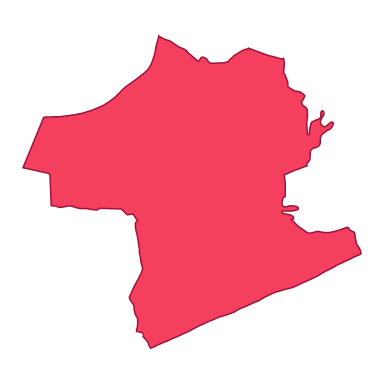 Limpopo, Gaza, Mozambique
{"feature_id": "85939544B55875453752427", "entity_name": "Limpopo", "entity_type": "district", "adm_level": 2, "iso_a3": "MOZ", "parent_name": "Mozambique", "parent_adm1": "Gaza", "projection": "orthographic", "projection_center": [33.462, -25.027], "detail": "fine", "context": "isolated", "style": "filled", "palette": "rose", "viewbox_px": 384, "rotation_deg": 0, "n_neighbors": 0, "source": "geoboundaries", "source_scale": "gbopen_adm2", "svg_char_len": 5965}
<svg xmlns="http://www.w3.org/2000/svg" viewBox="0 0 384 384"><path d="M150.5,348.1L151.0,348.1L151.4,347.8L153.3,347.1L156.9,345.4L157.3,345.0L160.0,344.0L160.6,343.6L167.6,340.9L172.4,338.6L179.8,335.5L183.2,333.8L189.4,331.1L193.0,329.0L194.3,328.4L194.6,328.1L195.5,327.7L195.9,327.4L196.9,327.0L201.2,324.8L202.3,324.5L210.1,320.8L211.2,320.4L211.6,320.4L217.9,317.6L221.9,316.1L222.3,316.2L225.3,315.2L226.8,314.8L231.3,313.2L232.3,312.7L234.7,311.9L236.5,310.6L238.7,309.3L242.9,307.4L243.2,307.4L247.0,305.9L248.8,304.9L249.1,304.5L250.1,304.5L254.5,302.3L258.5,300.9L258.8,300.5L259.8,300.1L260.1,299.8L261.5,299.1L261.8,298.7L264.2,297.6L264.5,297.1L266.2,296.5L268.9,295.2L269.3,294.9L273.2,293.1L276.4,291.9L279.0,291.1L279.5,291.1L282.2,290.2L282.6,290.2L283.8,289.7L290.5,288.1L293.2,287.2L295.4,286.3L301.9,283.2L303.7,282.4L304.3,282.0L304.9,281.9L306.8,280.9L310.1,279.6L313.7,277.8L317.0,276.3L322.5,272.9L326.8,270.6L328.6,269.8L331.6,268.3L335.1,266.3L335.3,266.0L335.8,265.9L336.3,265.5L338.5,264.5L339.0,264.1L340.1,263.8L342.1,262.8L345.1,261.3L346.5,260.8L348.4,259.8L348.9,259.7L349.3,259.4L351.4,258.5L353.5,257.2L359.1,254.9L361.0,253.8L360.6,251.2L359.8,249.2L358.4,246.6L356.9,244.6L356.2,242.7L356.1,241.4L355.2,237.6L355.1,235.7L354.9,235.3L354.9,234.3L354.3,232.5L354.0,232.3L353.7,231.8L351.9,231.3L350.6,230.6L349.8,230.0L349.2,229.1L348.6,227.8L348.1,227.5L347.7,227.3L346.3,227.6L344.1,228.5L342.4,228.9L340.0,229.9L339.6,229.9L333.6,231.7L333.1,231.7L330.0,232.4L327.5,232.6L325.4,232.6L320.1,231.9L319.1,231.5L316.7,231.5L312.1,232.8L309.4,233.2L306.8,232.4L305.0,230.9L299.5,227.3L296.1,224.4L295.9,223.9L295.4,223.7L295.3,223.3L294.4,222.6L293.9,221.8L293.5,221.6L293.3,221.2L293.0,221.0L292.2,220.1L291.3,219.3L293.5,218.9L293.6,218.5L293.6,218.0L293.4,217.1L292.3,215.8L289.2,214.5L285.1,214.0L284.1,213.7L282.2,212.7L282.0,212.2L282.2,210.9L289.3,211.1L293.5,210.8L294.8,210.5L297.6,209.6L298.3,209.1L298.3,207.9L298.0,207.4L297.2,206.8L296.3,206.4L293.3,205.9L291.1,205.8L288.9,206.0L286.6,206.9L284.9,206.8L283.5,206.5L283.0,206.2L282.1,204.7L282.0,204.2L282.1,202.4L282.6,199.2L283.7,197.0L285.2,196.6L285.3,188.5L285.2,182.6L285.1,181.3L284.6,178.3L284.6,177.5L284.3,176.6L284.2,175.6L284.3,174.9L293.4,170.9L307.1,165.8L306.8,165.4L306.6,164.6L306.8,163.9L309.2,160.9L309.8,159.8L310.2,155.8L310.3,152.0L310.7,150.5L311.5,149.5L312.8,148.4L315.9,147.6L318.1,146.4L319.3,145.4L320.2,143.6L320.3,140.0L320.5,138.7L320.4,138.1L320.7,136.8L321.2,135.7L322.6,133.9L326.6,130.9L330.0,129.1L331.1,128.1L331.8,127.2L333.0,124.8L333.4,123.8L333.3,122.9L332.9,122.5L332.2,122.2L330.6,122.4L326.0,126.3L324.9,126.6L323.6,126.5L322.6,126.0L320.9,124.2L320.5,122.6L320.5,121.5L320.9,119.8L322.0,117.7L323.7,115.1L323.9,114.0L323.8,112.0L323.4,111.4L322.7,110.9L321.9,110.9L321.4,111.4L320.9,112.4L320.7,117.0L320.1,118.0L318.8,119.1L314.9,120.5L312.0,122.0L311.1,123.1L309.9,128.2L309.3,134.2L309.0,134.6L308.6,134.6L308.1,134.5L307.7,134.1L307.5,133.8L307.3,132.3L307.2,129.4L306.7,126.0L306.8,122.0L307.5,117.0L307.5,115.3L307.3,110.8L307.0,109.4L306.5,108.2L305.5,107.2L302.9,105.3L302.1,104.4L301.7,102.9L301.6,101.6L302.9,99.9L304.5,97.0L304.7,95.8L304.0,94.7L302.9,93.8L300.2,92.4L300.2,91.9L299.1,91.7L298.6,91.5L296.7,91.3L295.0,91.0L293.1,90.1L288.0,86.9L287.8,86.3L287.9,83.6L287.6,81.7L285.1,74.9L283.6,73.1L284.4,62.7L283.5,58.3L282.2,58.8L280.7,58.8L275.7,57.3L268.1,55.4L261.0,52.8L248.7,48.2L248.6,48.5L247.8,48.9L245.7,49.3L245.8,49.4L242.5,50.5L238.2,53.1L233.3,56.2L232.9,57.3L231.1,58.3L228.6,61.0L226.9,62.0L226.0,62.3L223.9,62.8L221.4,63.0L217.2,63.0L213.4,63.3L210.2,63.1L209.3,62.6L209.0,62.1L208.5,61.8L207.8,60.8L207.1,59.5L206.4,58.8L205.0,57.9L202.7,57.1L201.7,57.3L200.9,57.9L198.6,61.3L196.9,60.5L196.6,60.0L194.7,58.4L194.3,58.2L194.1,57.8L193.6,57.5L192.4,56.3L191.5,55.8L191.3,55.4L190.5,54.8L187.4,51.9L187.2,51.4L186.7,51.2L186.6,50.8L186.1,50.5L185.9,50.1L185.4,49.9L185.0,49.5L179.4,47.2L176.9,45.7L173.6,43.4L172.8,42.8L170.1,41.1L168.2,40.3L167.8,40.3L167.0,40.0L166.6,40.0L163.2,38.5L160.8,37.3L160.4,36.9L159.9,36.7L158.8,35.9L158.4,37.4L158.4,38.1L157.9,39.7L157.7,40.6L157.1,42.3L157.1,42.8L156.4,44.8L156.4,45.4L156.1,46.2L156.0,47.4L155.6,48.3L155.5,50.1L154.2,55.9L153.3,58.2L153.3,58.6L151.4,63.6L150.9,64.6L150.0,66.1L149.8,66.7L148.4,68.8L146.1,71.5L145.5,71.7L145.2,72.2L144.6,72.5L144.3,72.9L142.5,74.5L140.8,75.5L140.6,76.0L140.0,76.2L139.8,76.6L139.4,76.8L139.1,77.2L133.1,81.5L131.3,82.9L129.3,84.1L128.2,85.1L127.8,85.2L125.7,86.8L122.7,89.5L117.6,94.8L114.2,97.9L108.5,102.3L105.4,104.0L105.0,104.4L103.7,105.2L99.0,107.4L98.6,107.4L91.6,110.4L91.2,110.4L90.1,110.9L89.7,110.9L88.3,111.5L87.8,111.5L82.4,113.3L81.5,113.3L80.6,113.7L77.8,114.0L76.7,114.4L73.8,114.9L61.9,116.5L57.2,116.8L52.7,116.8L52.2,117.0L45.3,117.0L43.7,117.4L23.0,167.7L48.8,173.4L50.0,175.3L51.2,205.7L55.4,206.0L59.0,207.3L60.6,207.4L65.5,206.6L67.8,206.0L70.0,205.9L72.0,206.3L76.9,207.8L79.8,208.4L81.1,208.6L86.9,208.6L90.7,209.4L94.7,209.8L97.3,209.9L98.2,209.6L99.6,208.3L121.3,209.0L127.2,214.8L133.1,214.0L137.6,221.2L135.7,222.4L135.4,223.4L135.5,227.4L135.7,229.4L137.0,234.4L137.3,236.2L137.9,238.8L138.1,240.5L138.5,242.9L138.4,243.7L138.8,244.9L139.0,247.5L139.4,249.1L139.4,253.0L140.2,256.2L140.9,261.9L141.2,262.7L141.2,263.1L141.7,264.1L141.6,264.5L142.3,267.1L142.5,268.0L142.4,269.8L141.0,273.5L140.5,274.4L138.0,279.7L137.2,280.9L136.5,282.3L134.1,286.5L133.2,288.8L132.7,289.5L130.8,294.2L130.2,295.0L129.7,296.3L129.3,297.3L129.9,299.3L131.6,302.1L131.9,302.3L132.5,303.4L133.1,304.0L133.6,305.1L134.0,306.8L134.2,309.4L134.4,309.8L134.3,310.6L134.7,311.5L134.6,312.0L135.6,315.1L137.3,317.9L137.5,318.5L137.7,321.7L137.7,324.1L137.3,327.1L136.6,329.7L136.6,331.6L138.3,331.6L141.7,332.7L142.5,333.0L142.8,333.3L143.6,335.0L143.6,335.7L143.1,336.7L145.9,339.8L146.4,340.1L147.1,341.1L148.4,343.3L149.0,345.4L150.5,348.1Z" fill="#f43f5e" stroke="#9f1239" stroke-width="1.5"/></svg>